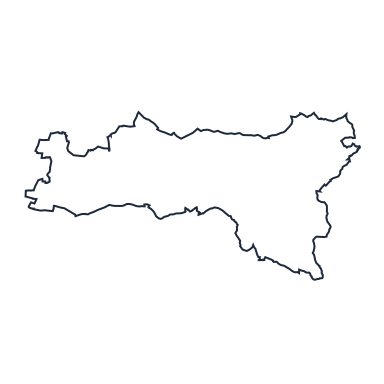 the district of Taga, Cluj, Romania, rotated 182°
{"feature_id": "2599482B54670496725150", "entity_name": "Taga", "entity_type": "district", "adm_level": 2, "iso_a3": "ROU", "parent_name": "Romania", "parent_adm1": "Cluj", "projection": "robinson", "projection_center": [24.058, 46.951], "detail": "fine", "context": "isolated", "style": "outline", "palette": "slate", "viewbox_px": 384, "rotation_deg": 182, "n_neighbors": 0, "source": "geoboundaries", "source_scale": "gbopen_adm2", "svg_char_len": 5981}
<svg xmlns="http://www.w3.org/2000/svg" viewBox="0 0 384 384"><g transform="rotate(182 192 192)"><path d="M95.6,270.9L94.3,267.5L94.2,266.0L94.8,263.6L97.0,260.6L101.1,256.0L102.7,254.8L105.5,254.1L109.0,252.3L111.3,251.7L113.7,251.5L117.6,250.1L117.1,248.6L118.7,248.9L119.8,248.2L122.1,248.3L123.5,248.8L125.4,250.3L128.4,251.4L131.7,250.4L134.3,250.8L141.8,250.7L143.6,250.9L145.7,252.3L147.2,252.5L151.5,251.4L154.6,252.0L158.4,251.4L161.7,251.7L166.2,253.1L168.3,254.1L171.6,253.0L172.8,253.0L176.6,254.4L178.4,254.8L182.5,254.4L185.3,253.2L188.6,255.5L193.1,251.2L204.8,244.9L208.9,247.1L211.6,249.6L212.0,250.5L212.6,250.3L214.1,249.0L214.3,248.3L215.4,248.4L218.3,249.3L220.2,250.2L225.7,251.8L229.0,253.4L228.1,254.8L231.3,258.3L233.4,260.0L235.1,260.9L237.6,262.7L240.0,263.3L242.6,264.6L248.2,269.9L249.3,267.7L250.1,264.9L252.4,260.2L252.5,258.0L251.7,255.8L256.1,255.1L261.6,255.7L262.0,255.9L263.6,255.7L263.7,255.3L266.9,255.1L270.5,249.1L271.4,248.4L273.6,247.8L275.2,246.6L275.1,245.5L275.5,246.0L277.6,244.1L278.4,243.8L277.6,242.0L276.7,237.2L276.7,235.9L276.0,232.0L276.0,230.5L276.4,230.5L276.5,231.6L277.1,232.6L281.6,232.5L287.4,234.1L290.3,231.8L292.4,230.8L292.5,230.3L294.5,230.6L294.8,229.8L296.9,230.3L297.3,229.5L297.4,228.5L298.2,227.7L298.7,226.3L299.7,224.9L301.2,223.9L311.6,224.6L317.0,228.5L318.1,231.1L318.2,231.8L316.7,237.4L317.1,238.4L318.6,238.3L320.0,243.1L319.1,243.7L321.1,245.5L320.8,246.6L323.6,247.3L323.8,246.0L324.7,246.0L326.5,246.1L326.6,246.7L327.7,246.7L327.9,247.1L328.2,247.1L332.9,245.8L335.1,245.7L336.8,240.7L337.1,239.1L342.0,238.7L346.1,238.9L347.6,232.7L348.1,232.1L349.9,227.6L348.4,226.8L348.1,225.5L343.0,225.4L343.5,220.8L339.5,221.0L339.4,221.5L337.3,221.7L337.0,221.3L335.3,221.9L335.1,221.7L333.6,217.9L334.7,211.4L334.6,210.2L335.0,207.2L336.9,205.1L337.2,204.3L337.1,203.5L335.8,202.2L335.5,201.6L334.9,201.4L335.0,199.5L334.6,198.3L334.8,197.2L336.0,196.8L336.6,196.1L338.8,195.9L339.0,197.4L341.7,197.3L342.0,199.9L346.1,198.4L349.1,191.9L349.7,189.6L350.2,188.9L350.3,188.1L352.0,188.1L352.8,187.8L355.2,187.9L358.1,187.5L358.2,181.7L350.8,180.0L350.8,179.7L347.2,179.5L349.0,175.0L352.5,176.0L353.6,174.1L354.7,171.5L354.0,170.7L350.7,169.7L350.5,169.9L349.7,169.9L349.8,169.4L349.1,169.2L342.7,168.1L338.7,168.6L330.5,168.0L329.6,171.2L329.7,172.9L329.5,173.4L328.8,173.4L322.8,171.9L319.0,171.3L308.1,165.4L307.8,164.9L307.6,163.8L301.8,166.0L297.5,166.4L297.3,166.1L295.0,166.1L293.3,167.2L289.9,168.5L285.5,170.8L278.8,173.6L274.3,176.2L269.5,175.4L261.4,175.6L258.4,176.7L257.2,177.6L254.3,177.9L251.0,177.3L247.1,176.0L244.4,175.7L241.3,176.1L238.9,176.0L239.2,177.8L237.5,178.1L235.9,178.0L234.1,177.2L234.6,176.7L235.0,175.1L232.4,173.7L230.0,171.5L229.1,170.4L226.9,166.4L224.4,164.6L222.6,164.0L220.7,164.7L220.0,165.4L218.6,166.3L215.3,167.2L212.9,168.8L209.7,169.0L207.3,170.0L201.9,170.4L198.0,171.9L197.7,172.3L198.1,173.3L198.2,175.6L198.1,175.9L195.5,174.1L195.1,174.3L193.5,172.5L193.0,172.4L191.5,173.2L191.3,173.6L188.3,175.8L188.1,176.2L186.8,176.9L186.4,176.0L186.6,174.2L186.4,173.3L185.0,172.5L184.2,172.3L183.4,171.5L184.5,170.7L184.7,170.1L184.7,169.4L180.6,171.1L180.1,170.9L176.9,173.7L172.8,176.2L171.5,176.2L169.0,177.4L165.1,176.8L160.7,174.5L158.0,172.2L154.7,169.7L153.9,169.3L152.5,169.2L152.1,168.5L151.7,167.0L151.0,166.1L148.8,165.3L148.7,164.4L146.6,163.0L146.2,161.7L145.2,160.9L145.4,159.8L145.9,158.9L145.7,155.1L147.1,152.8L147.2,152.3L145.6,149.5L144.1,147.8L143.4,146.5L142.3,145.2L142.1,144.6L142.5,143.4L142.5,142.7L141.8,141.2L141.7,140.3L142.0,139.5L139.3,136.2L135.2,135.0L132.7,136.3L130.2,138.4L129.6,139.3L129.0,141.2L127.9,138.7L126.7,137.6L124.8,132.0L123.4,129.2L121.9,129.2L122.0,127.0L122.9,126.3L122.6,126.1L119.7,126.6L119.7,126.4L119.0,126.3L118.8,126.8L117.3,126.6L117.2,128.0L116.5,129.4L109.8,127.0L108.7,126.3L108.6,125.6L108.0,125.5L107.7,125.0L105.2,125.2L103.9,124.4L103.5,123.8L102.5,123.1L100.6,122.1L97.3,121.5L91.3,118.2L89.9,117.0L87.2,115.6L86.1,115.4L83.7,115.6L82.2,114.7L82.2,118.2L79.5,117.2L77.2,116.8L75.1,115.5L72.1,115.5L71.1,114.6L70.6,112.7L69.4,111.7L69.3,110.8L68.4,109.6L67.5,108.9L66.2,108.6L63.3,109.5L62.2,109.5L61.2,110.3L60.0,110.2L58.9,110.5L58.4,111.2L58.4,113.8L59.6,115.5L59.5,117.4L60.5,119.9L62.1,121.9L61.9,122.5L62.6,122.9L65.3,125.5L66.8,128.9L67.0,130.6L68.0,133.8L69.2,135.2L68.4,137.1L67.7,141.1L67.7,142.3L68.3,145.1L69.1,147.1L69.2,148.2L67.3,150.7L66.0,151.7L58.2,151.6L56.0,152.1L55.7,154.1L54.3,156.1L53.7,157.6L53.3,159.8L52.6,160.8L52.2,162.0L52.7,163.3L53.8,164.8L55.4,166.7L56.0,168.1L56.8,170.9L56.7,172.8L56.1,173.9L55.7,175.3L56.5,177.2L56.7,182.8L57.1,183.6L59.2,186.4L61.9,186.4L62.9,186.7L65.0,187.7L66.2,188.8L66.6,190.8L66.3,193.1L67.5,195.1L67.7,197.3L64.0,197.0L64.3,197.3L64.3,198.4L62.4,201.0L59.8,204.1L58.7,203.0L58.3,203.1L55.1,207.0L53.7,207.9L54.2,208.9L51.4,210.7L46.4,212.6L44.6,215.4L44.5,217.2L44.7,217.7L44.3,218.7L42.7,220.3L42.2,222.4L40.3,223.7L38.4,224.6L36.5,227.5L36.0,228.0L35.2,228.1L35.8,230.2L37.7,230.0L36.3,231.3L36.0,231.9L36.1,233.2L34.8,233.5L34.8,234.0L33.6,234.2L32.2,236.0L30.5,236.8L28.6,238.1L27.4,240.3L28.0,240.3L27.6,241.1L25.8,242.2L26.0,243.5L26.3,243.7L27.4,243.1L28.8,243.5L29.4,243.1L30.6,243.8L31.5,244.9L31.5,245.3L33.0,246.0L34.4,243.4L35.7,242.9L37.2,243.0L38.8,241.8L40.3,243.3L41.4,243.1L43.6,246.9L44.7,248.2L41.0,251.5L40.5,251.6L37.1,251.8L36.4,252.3L34.0,252.0L33.4,251.5L31.2,251.7L31.4,253.7L32.4,256.4L32.4,257.8L32.1,259.0L34.0,262.5L34.1,264.5L34.8,265.5L37.0,266.7L38.9,268.3L39.4,269.8L40.2,271.0L40.4,272.3L40.6,272.5L40.4,275.2L43.5,272.2L46.5,270.7L47.6,270.6L48.9,269.9L49.9,269.0L53.7,267.5L54.8,267.9L58.4,268.5L61.6,269.7L62.8,269.0L65.3,270.0L65.7,270.0L65.8,269.4L67.7,269.4L68.8,270.2L70.3,272.2L71.2,273.2L71.5,273.2L72.9,275.4L75.8,272.8L78.3,271.9L78.5,271.5L79.3,270.9L81.0,271.6L81.8,272.3L85.3,274.1L86.6,274.5L86.6,273.4L90.8,270.6L91.8,270.5L95.6,270.9Z" fill="none" stroke="#1e293b" stroke-width="2"/></g></svg>